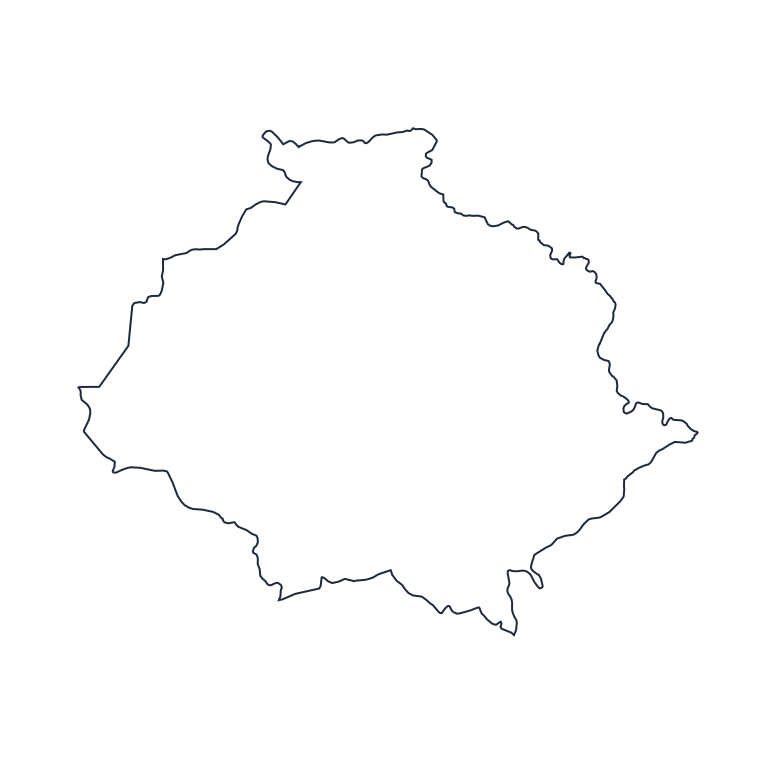 Mulevala, Zambezia, Mozambique, rotated 352°
{"feature_id": "85939544B54372279750556", "entity_name": "Mulevala", "entity_type": "district", "adm_level": 2, "iso_a3": "MOZ", "parent_name": "Mozambique", "parent_adm1": "Zambezia", "projection": "orthographic", "projection_center": [37.65, -16.373], "detail": "fine", "context": "isolated", "style": "outline", "palette": "slate", "viewbox_px": 768, "rotation_deg": 352, "n_neighbors": 0, "source": "geoboundaries", "source_scale": "gbopen_adm2", "svg_char_len": 6139}
<svg xmlns="http://www.w3.org/2000/svg" viewBox="0 0 768 768"><g transform="rotate(352 384 384)"><path d="M448.4,134.8L446.5,136.4L444.4,137.1L442.1,136.2L437.8,137.1L431.8,136.7L421.7,137.5L416.7,136.6L410.3,136.7L406.9,138.4L402.6,142.0L400.2,143.1L398.5,142.6L397.4,140.6L396.1,139.7L392.1,139.2L387.4,140.4L383.3,140.3L382.0,139.7L378.1,135.1L376.8,134.6L373.6,135.3L368.7,137.7L367.3,137.7L363.9,137.3L354.1,134.0L349.9,133.5L346.0,133.6L340.0,134.6L332.5,137.4L332.6,136.5L331.1,135.8L330.2,134.1L327.3,131.1L325.1,130.4L323.8,130.3L317.6,132.6L313.1,124.9L308.1,118.5L306.1,117.3L302.6,117.4L298.8,120.6L298.1,121.9L298.6,123.3L302.4,127.0L304.9,130.0L305.3,131.1L304.3,135.5L300.9,141.8L299.9,145.2L300.3,149.1L302.7,152.1L305.1,154.0L308.4,156.1L313.8,158.1L315.3,161.0L315.5,163.2L316.4,165.7L319.1,168.7L322.2,170.6L326.5,172.1L329.7,172.5L311.4,192.5L301.6,188.8L290.4,186.3L287.0,186.6L282.0,188.3L276.7,191.1L271.9,191.9L267.2,197.7L262.2,205.7L260.4,209.6L260.2,211.4L258.1,214.6L244.7,223.6L236.6,227.1L224.8,225.4L220.3,225.2L216.1,224.3L213.2,224.3L211.3,224.6L206.6,226.8L195.3,227.4L189.7,229.4L185.8,230.0L184.0,230.0L182.5,229.5L181.1,240.4L178.9,246.7L179.6,253.1L176.9,260.7L175.1,263.6L174.2,264.7L172.8,265.3L166.0,264.5L163.1,265.0L162.3,265.4L160.2,269.5L158.2,270.3L156.9,270.2L153.8,268.9L148.9,269.0L147.6,269.4L145.6,271.6L136.2,310.6L101.6,347.2L82.6,344.6L81.0,344.9L82.2,347.3L82.6,349.2L82.0,353.2L82.4,357.6L87.4,363.1L89.0,366.6L89.4,368.8L89.0,372.4L86.9,378.3L80.7,387.6L80.2,389.5L95.9,414.7L98.9,417.8L101.7,419.5L106.6,423.5L105.6,428.4L103.3,432.4L103.2,433.1L103.6,433.9L106.2,434.5L112.5,432.6L117.8,431.5L121.5,431.2L131.1,433.1L145.0,438.1L153.4,439.0L156.8,440.4L157.5,441.4L160.8,451.6L164.1,466.2L167.0,472.3L169.8,476.4L171.6,477.5L172.7,478.8L177.5,481.2L186.9,483.2L196.5,486.7L198.4,487.8L202.3,490.6L204.1,493.8L205.6,495.1L205.4,495.8L205.8,497.2L206.8,498.8L210.5,500.3L216.4,500.0L217.1,500.5L218.1,502.8L220.1,505.3L227.3,509.4L232.4,514.0L236.5,516.4L237.4,519.1L237.0,523.4L234.9,526.6L232.5,528.1L230.8,531.6L231.2,533.1L233.7,534.8L234.6,537.0L234.7,540.1L233.9,544.7L235.1,549.9L234.8,556.7L236.4,559.6L239.3,563.0L240.4,565.5L242.0,567.2L244.6,567.5L247.1,566.5L249.7,566.0L251.4,566.3L253.9,568.6L254.6,571.2L253.1,573.9L251.9,579.8L249.8,583.4L253.7,583.1L266.7,579.5L291.4,577.5L293.2,575.1L295.3,566.9L295.8,566.6L298.3,568.2L301.1,571.5L304.9,573.9L311.2,573.5L318.1,571.5L327.0,575.1L328.7,574.8L338.3,575.3L341.6,575.0L346.1,574.1L352.2,571.6L364.7,569.3L365.6,574.1L369.2,580.7L374.0,585.5L376.1,589.9L379.1,594.4L383.5,597.5L391.8,599.8L396.0,603.8L399.4,607.9L401.6,609.7L406.5,617.5L407.6,618.5L409.4,618.9L412.7,615.3L415.3,613.2L416.7,612.7L418.0,613.2L419.8,618.1L421.3,619.8L424.4,621.6L427.3,621.7L438.2,620.2L445.3,618.5L447.2,618.6L448.8,624.9L450.6,627.0L453.2,631.3L457.4,636.0L459.5,637.4L461.6,638.0L466.0,635.7L466.6,635.7L467.0,637.8L465.5,640.9L466.5,642.8L475.4,647.9L477.8,650.7L480.6,646.0L482.3,639.0L482.2,636.4L480.4,631.7L479.6,628.2L479.4,625.3L480.4,618.6L480.4,615.2L479.3,611.7L478.2,610.0L477.3,606.7L477.8,603.8L479.8,600.7L480.5,598.7L480.1,588.7L480.6,586.8L481.2,586.1L482.5,585.8L485.2,587.1L489.0,587.9L495.6,588.1L498.3,589.0L499.6,589.8L502.4,592.7L505.4,601.1L507.7,605.4L509.6,608.0L511.6,607.8L512.6,607.2L513.0,606.1L512.3,598.3L510.7,594.5L509.5,593.9L505.1,589.5L504.1,587.4L504.1,585.6L505.1,582.6L509.2,574.1L521.0,568.8L527.3,566.7L533.9,561.2L542.1,559.6L550.5,559.6L553.4,558.5L556.4,556.6L562.4,550.5L567.6,546.7L570.7,546.1L577.9,546.3L580.6,545.8L589.3,542.2L601.3,533.3L605.0,529.7L605.8,528.3L607.3,521.5L607.4,518.8L608.5,512.1L610.8,511.0L612.3,509.4L618.4,505.9L619.8,504.5L624.5,502.6L630.4,501.0L634.9,500.4L637.7,498.4L644.1,490.0L647.1,488.3L650.8,487.2L657.8,483.9L663.9,481.8L674.3,484.1L681.3,483.0L681.7,481.5L683.6,480.3L684.6,478.0L686.9,476.8L687.8,475.6L687.3,475.0L684.3,473.7L681.4,471.2L678.9,467.6L678.3,465.7L676.4,463.5L673.8,461.5L666.4,459.9L665.2,459.4L663.9,457.6L662.0,457.9L659.6,460.7L657.8,463.6L655.6,463.8L654.4,462.4L654.2,460.2L656.0,455.6L656.3,451.9L655.6,449.9L654.3,448.6L646.1,445.3L644.0,443.2L642.5,440.7L637.1,439.8L633.2,437.6L631.0,438.1L629.3,441.6L627.0,444.6L624.9,445.7L620.8,447.0L619.1,446.6L617.6,445.2L617.6,441.7L618.8,439.4L620.9,437.8L623.5,436.8L624.0,435.6L623.2,433.7L621.5,431.8L619.1,429.6L616.9,428.4L614.2,425.4L613.5,423.1L614.8,418.4L614.9,412.9L612.2,408.6L611.0,407.8L608.7,403.3L608.6,401.8L610.4,396.1L609.9,393.0L609.3,392.4L605.2,390.8L601.4,388.0L600.3,385.1L599.9,380.5L602.5,374.6L603.0,374.6L609.1,364.2L613.3,360.1L615.6,356.8L618.4,354.5L619.5,352.5L620.7,348.7L620.9,345.2L623.4,341.1L624.4,337.5L624.1,335.6L623.1,334.4L622.1,331.7L620.0,328.2L617.7,325.6L616.6,322.9L611.8,314.8L608.7,313.8L607.7,313.1L607.8,311.6L608.9,309.6L609.4,307.8L609.5,305.9L609.5,304.8L608.0,302.3L606.4,301.2L603.5,301.5L601.0,299.8L600.2,298.5L600.3,296.8L603.7,292.3L603.9,289.8L602.7,288.5L601.4,288.2L600.3,287.2L599.4,287.2L598.3,285.5L590.6,285.3L585.9,284.5L585.5,282.8L586.9,280.6L586.5,279.9L585.7,279.8L580.0,285.0L578.8,287.6L578.4,290.1L577.5,290.4L576.0,289.6L574.6,288.2L572.8,284.5L568.7,284.1L567.1,283.3L566.5,282.2L566.5,279.5L569.0,275.4L569.2,273.1L566.0,269.9L561.6,268.7L558.0,264.8L558.1,263.5L556.7,262.6L557.8,256.4L556.0,253.9L554.7,253.0L550.7,251.7L547.8,249.2L545.4,248.1L543.3,247.8L538.9,248.8L537.0,248.5L534.6,246.0L534.2,244.6L532.8,243.8L529.8,240.3L528.8,240.1L524.1,241.1L519.2,242.9L514.3,243.0L511.7,242.4L509.1,240.3L506.8,232.9L500.8,230.4L494.9,229.8L491.6,228.8L489.0,229.0L486.2,228.2L483.9,226.0L481.2,225.3L478.0,223.7L477.9,220.2L477.4,219.5L476.0,218.6L471.7,217.3L470.9,216.4L470.5,214.0L468.7,212.2L468.4,210.7L469.1,204.6L466.4,203.4L464.5,202.1L458.4,195.7L457.0,193.5L456.0,189.0L454.3,187.1L451.6,185.7L450.5,184.6L450.0,183.5L451.6,176.8L452.5,176.0L459.5,174.1L461.2,172.4L462.1,170.9L462.3,168.5L457.8,165.8L457.1,164.4L457.5,161.9L458.6,161.1L464.4,159.0L470.0,151.2L470.1,149.7L466.5,143.9L459.2,137.6L456.6,136.6L450.6,136.1L448.4,134.8Z" fill="none" stroke="#1e293b" stroke-width="2"/></g></svg>